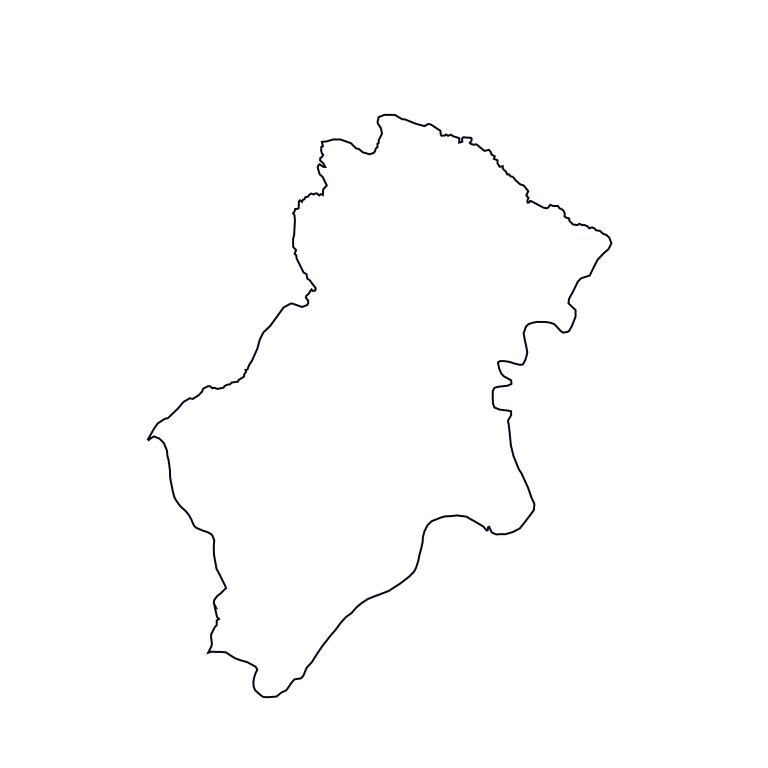 Luozi, Bas-Congo, Democratic Republic of the Congo (Mercator projection), rotated 158°
{"feature_id": "63176286B40063645047483", "entity_name": "Luozi", "entity_type": "district", "adm_level": 2, "iso_a3": "COD", "parent_name": "Democratic Republic of the Congo", "parent_adm1": "Bas-Congo", "projection": "mercator", "projection_center": [13.9, -4.819], "detail": "fine", "context": "isolated", "style": "outline", "palette": "ink", "viewbox_px": 768, "rotation_deg": 158, "n_neighbors": 0, "source": "geoboundaries", "source_scale": "gbopen_adm2", "svg_char_len": 5686}
<svg xmlns="http://www.w3.org/2000/svg" viewBox="0 0 768 768"><g transform="rotate(158 384 384)"><path d="M623.6,421.1L623.1,420.1L622.1,420.7L617.0,421.6L615.3,420.1L614.0,418.6L612.9,417.9L611.4,414.6L610.2,411.3L610.2,407.4L610.2,403.4L611.8,398.4L612.2,394.4L613.3,389.8L615.1,383.3L617.1,378.0L618.2,373.4L620.1,363.1L620.8,357.2L620.3,353.7L619.5,350.2L618.6,346.9L615.4,340.3L613.9,335.1L613.4,330.7L613.4,327.6L613.2,323.7L612.1,321.2L610.3,319.3L607.0,316.0L603.0,312.7L600.3,309.2L599.9,307.2L599.9,302.8L602.1,298.4L604.1,293.6L605.8,288.4L607.1,282.2L608.5,275.4L607.6,266.4L607.3,261.8L606.9,257.0L606.9,254.0L613.7,251.1L618.2,249.8L622.4,247.2L623.9,244.5L623.6,239.8L624.4,240.8L626.1,230.6L625.0,227.9L627.6,227.5L629.5,223.0L631.8,222.1L637.9,216.8L639.3,213.8L640.8,207.8L642.4,205.3L647.7,200.7L644.5,200.5L642.9,199.8L639.6,198.3L635.8,196.8L631.1,194.4L628.0,189.8L624.5,185.1L620.0,181.2L615.2,177.5L611.8,173.5L608.9,169.8L608.5,166.5L610.9,164.5L614.0,161.0L616.9,156.4L618.2,152.0L618.2,148.3L615.3,142.4L613.3,139.1L609.8,137.4L602.9,135.1L600.5,134.5L594.9,136.3L589.1,136.7L585.8,138.9L582.3,141.3L577.8,143.7L571.3,142.2L568.1,143.7L562.1,149.8L554.8,153.3L550.6,156.4L543.7,161.2L538.4,164.7L532.2,168.2L528.5,170.4L522.0,173.7L516.9,176.7L513.4,178.9L506.5,182.2L500.1,183.7L492.6,187.5L487.0,189.2L479.5,190.7L473.1,190.7L466.6,190.5L457.5,190.3L450.7,191.6L443.8,192.9L438.3,194.4L432.3,196.2L426.3,198.8L423.0,201.7L418.5,207.1L415.2,212.2L411.5,217.0L407.3,223.1L405.5,227.1L401.7,232.3L396.4,236.9L391.3,238.9L382.0,238.9L377.1,238.4L370.7,236.2L365.8,234.9L361.8,232.7L357.2,230.1L354.3,226.2L350.7,221.8L345.2,214.5L344.1,210.9L343.7,209.7L342.7,209.5L341.2,212.1L340.0,212.2L339.9,210.8L339.9,209.4L339.8,208.0L339.8,206.6L339.3,205.5L336.3,202.5L331.6,200.9L327.6,199.2L319.9,198.5L312.3,199.2L309.5,200.7L304.1,203.8L298.2,207.3L292.2,211.0L289.5,216.5L289.8,223.7L289.3,233.8L290.0,249.8L290.9,254.2L290.9,268.6L289.4,279.4L285.2,293.6L283.7,299.1L282.8,303.5L277.7,307.6L276.4,311.1L279.7,313.3L286.2,316.8L290.4,320.8L290.2,325.2L289.5,327.1L288.2,330.9L285.7,336.8L283.1,339.0L279.8,338.8L275.6,337.7L269.8,336.1L265.8,336.3L264.7,339.8L268.0,343.8L270.0,346.2L271.4,350.1L271.4,355.4L270.3,361.3L267.8,361.8L264.3,360.4L259.8,357.8L255.4,354.1L250.7,350.8L247.9,350.1L244.1,353.2L241.4,356.5L239.2,359.8L237.9,366.3L237.5,369.0L236.6,373.8L235.5,378.8L230.8,384.1L227.3,385.4L222.4,385.0L219.1,384.3L214.2,382.3L210.7,380.8L207.3,378.8L203.6,375.7L201.8,370.9L200.2,366.7L198.7,364.6L195.1,363.7L192.7,363.7L188.5,367.0L185.4,370.2L181.2,374.6L178.7,380.8L180.7,385.1L182.7,389.7L180.5,393.7L175.7,397.6L170.4,402.2L166.1,406.2L161.9,408.1L157.7,407.9L152.6,407.5L149.5,410.3L145.1,414.3L139.3,419.3L131.6,422.8L125.2,425.0L120.5,429.2L120.3,435.2L121.8,438.6L122.6,439.4L124.9,441.7L126.4,445.1L129.9,447.1L130.5,449.4L132.1,450.9L132.4,451.3L135.4,451.4L136.3,454.1L139.2,456.8L140.8,457.0L142.8,459.4L145.2,458.9L149.1,461.2L151.0,466.1L150.3,468.1L152.9,470.1L153.2,470.7L153.8,472.0L152.5,474.3L152.6,477.2L153.5,479.1L155.1,480.8L155.4,481.1L156.1,483.9L160.7,485.8L162.7,487.9L165.8,486.0L166.3,486.0L167.7,486.1L170.2,487.9L179.1,498.5L180.0,498.9L181.4,497.9L182.9,498.4L182.5,499.7L182.2,500.6L180.3,502.3L181.4,505.5L178.0,508.8L180.1,515.7L181.9,517.2L183.0,518.2L185.6,523.5L186.9,527.8L188.9,529.2L189.4,531.4L191.1,532.0L191.5,535.4L193.2,539.2L192.3,541.4L195.4,542.1L196.1,546.2L195.6,547.3L194.9,548.8L197.8,551.7L196.0,553.6L198.3,556.5L198.1,559.0L199.0,561.8L203.5,562.5L208.5,571.5L211.5,572.4L213.7,574.4L214.1,575.4L212.0,576.6L210.8,578.6L211.1,579.6L218.1,583.1L219.9,582.0L220.6,579.3L222.2,579.4L223.9,579.6L222.1,583.8L227.2,587.9L228.5,590.1L231.6,590.1L233.0,592.2L234.6,591.6L237.7,592.7L237.8,593.2L238.0,594.0L236.8,597.6L243.3,607.0L245.5,608.5L248.6,608.1L249.8,607.9L255.6,612.3L256.9,613.3L265.6,621.6L268.0,622.7L272.3,628.3L273.1,629.4L282.8,633.4L289.0,633.5L290.0,631.9L291.8,629.5L292.1,627.5L291.0,622.5L292.1,616.8L297.4,612.2L298.8,609.3L300.2,609.1L301.2,606.1L303.5,605.3L304.6,604.0L305.2,603.1L307.0,602.1L311.3,602.4L316.9,606.8L319.2,611.2L321.7,613.1L322.9,615.8L324.4,619.6L332.9,627.1L339.4,629.7L346.7,630.5L350.9,631.8L351.6,627.3L353.4,627.2L354.9,623.7L355.2,620.8L354.5,619.5L355.7,618.1L358.6,617.2L359.5,615.1L358.2,612.5L357.6,611.4L357.2,607.2L358.9,608.0L361.5,611.9L363.8,610.7L364.0,610.1L364.5,608.8L365.1,602.5L363.3,599.0L362.7,589.5L367.5,587.2L369.9,582.1L371.6,583.7L373.5,583.1L374.7,585.7L376.3,586.4L378.1,586.0L380.0,587.8L381.8,587.6L384.6,586.2L387.0,586.6L388.6,585.1L389.5,585.2L390.1,585.3L391.9,583.6L393.1,585.8L394.6,585.0L397.2,579.1L398.6,578.7L400.8,579.6L402.4,577.4L404.4,576.3L403.7,574.6L405.1,569.5L411.6,555.6L413.8,552.8L414.0,552.5L416.9,545.0L415.3,541.2L418.1,538.1L417.6,537.1L417.1,536.2L418.0,533.2L416.8,517.5L414.7,514.9L415.6,510.4L414.0,508.0L413.2,504.9L411.4,498.4L412.7,496.4L415.2,497.0L415.9,498.8L420.4,495.7L422.8,495.0L424.1,493.5L423.6,491.4L423.1,489.6L424.1,487.2L425.6,486.0L431.1,486.1L439.1,493.1L440.7,493.5L448.6,492.5L450.8,491.1L460.8,484.8L467.7,480.5L476.5,477.0L482.5,471.7L483.3,470.7L488.3,464.1L497.9,454.9L501.9,452.2L505.1,448.7L505.8,448.7L507.2,448.9L507.2,447.1L510.1,445.1L511.0,443.3L517.3,442.2L518.4,440.9L524.7,442.4L526.5,441.6L527.1,441.4L529.1,442.0L532.4,441.9L534.2,440.7L536.8,441.2L540.2,441.8L541.7,443.1L542.7,444.0L544.7,444.4L546.2,447.1L547.9,447.9L553.4,447.4L555.4,445.2L558.6,443.7L559.9,443.1L566.9,441.8L569.4,443.5L571.8,443.2L576.6,442.5L584.4,438.4L597.1,433.3L600.2,433.8L608.3,432.3L610.6,430.9L613.6,429.0L623.6,421.1Z" fill="none" stroke="#020617" stroke-width="2"/></g></svg>